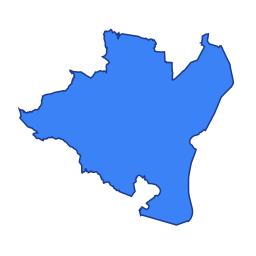 Atoyac, Jalisco, Mexico, rotated 177°
{"feature_id": "50627088B59976990100146", "entity_name": "Atoyac", "entity_type": "district", "adm_level": 2, "iso_a3": "MEX", "parent_name": "Mexico", "parent_adm1": "Jalisco", "projection": "robinson", "projection_center": [-103.437, 20.007], "detail": "fine", "context": "isolated", "style": "filled", "palette": "blue", "viewbox_px": 256, "rotation_deg": 177, "n_neighbors": 0, "source": "geoboundaries", "source_scale": "gbopen_adm2", "svg_char_len": 5871}
<svg xmlns="http://www.w3.org/2000/svg" viewBox="0 0 256 256"><g transform="rotate(177 128 128)"><path d="M24.4,189.5L30.7,205.1L31.0,204.9L31.9,205.2L32.3,204.2L33.3,203.6L34.1,204.7L42.3,207.7L44.1,210.4L43.9,212.1L43.0,216.4L42.9,217.8L43.5,217.6L44.5,217.7L45.5,217.5L48.9,215.8L49.2,212.7L49.7,210.0L49.9,209.4L50.5,209.2L49.9,209.0L50.2,207.1L49.3,207.0L47.3,205.2L55.2,192.2L61.8,190.1L68.4,182.8L70.3,181.8L72.0,180.1L78.2,174.8L81.0,173.6L81.2,173.8L80.8,179.0L80.6,179.5L80.5,180.8L80.8,182.1L80.9,187.4L80.5,191.4L80.5,191.1L83.0,191.1L83.0,191.4L86.0,191.2L86.1,192.1L87.6,192.3L87.6,202.1L91.2,202.1L94.4,202.5L97.2,203.3L97.5,205.6L98.1,206.2L98.2,206.5L97.5,206.8L96.5,207.8L96.7,210.0L95.6,210.1L95.6,211.5L97.2,214.3L97.4,214.1L98.7,214.2L98.6,215.1L100.7,215.6L101.9,215.3L102.3,214.9L103.6,215.0L103.6,215.5L104.3,215.7L105.3,216.2L105.6,216.7L106.2,216.3L107.1,216.4L107.8,216.6L108.6,217.0L110.8,217.4L111.0,217.9L112.8,218.9L128.9,222.3L129.9,222.0L130.9,221.4L132.0,220.1L132.9,218.5L133.0,217.8L133.4,217.7L133.6,218.0L133.7,218.5L131.9,222.6L132.2,223.6L133.5,222.6L134.1,221.6L134.7,221.4L134.7,222.1L135.2,223.4L136.6,224.9L137.7,224.1L138.2,223.9L138.5,224.0L138.9,225.8L139.2,226.6L140.0,227.3L141.2,226.1L142.8,225.6L144.1,225.4L144.6,225.9L145.8,225.8L146.3,225.3L146.4,225.0L146.2,224.8L147.3,223.0L147.3,222.2L147.0,221.6L146.7,221.6L146.7,221.4L147.2,218.7L146.9,217.1L146.2,214.7L146.4,211.1L145.8,209.2L145.3,208.8L145.0,208.9L144.7,209.3L144.6,209.0L145.4,206.2L145.2,204.7L146.1,202.4L146.8,202.0L147.0,201.6L148.1,201.1L148.6,200.7L149.7,200.5L148.6,199.5L147.4,198.9L144.3,196.1L143.3,194.5L143.4,194.3L144.0,193.7L144.3,193.2L145.5,192.8L146.1,192.2L146.3,191.8L146.5,189.7L146.2,188.6L146.5,187.7L146.6,184.7L146.9,184.5L147.2,185.5L147.6,185.9L148.4,185.9L148.8,186.1L149.3,186.2L149.8,185.9L150.0,185.6L150.8,185.8L152.4,186.7L153.9,186.3L154.5,186.0L156.0,185.4L157.8,185.5L158.0,184.8L160.5,181.5L162.5,179.7L163.4,180.5L166.8,182.5L169.5,184.7L170.9,185.5L171.6,186.3L173.9,186.5L174.4,186.3L176.2,186.7L178.4,186.9L180.1,187.3L182.3,188.6L182.7,188.6L182.1,187.7L182.4,187.6L182.1,187.4L182.0,186.6L181.5,186.2L181.2,185.4L180.9,185.6L180.0,185.7L179.1,184.6L179.1,182.8L178.9,182.2L179.0,181.8L178.8,181.6L179.5,181.0L179.8,181.1L180.0,180.9L180.0,180.5L180.4,180.1L180.5,179.6L180.4,178.9L181.0,178.8L181.1,178.0L181.3,177.9L181.7,176.6L181.9,175.3L182.8,174.8L184.3,173.2L185.1,172.7L185.6,170.8L187.3,169.6L187.8,168.9L188.7,168.4L190.4,168.6L199.6,167.3L201.5,166.7L202.5,166.2L206.9,165.8L209.0,165.4L210.9,164.4L211.3,164.4L211.9,163.0L211.8,161.8L212.4,161.1L212.9,159.9L212.7,159.0L213.0,157.2L213.0,156.6L214.5,154.2L214.9,154.0L215.6,153.0L215.9,151.9L216.2,152.0L217.5,150.9L219.5,151.2L222.1,150.1L222.7,149.2L223.4,148.9L224.0,149.5L224.7,149.6L225.5,149.3L225.7,148.9L226.3,148.9L226.4,148.7L226.7,148.7L226.9,149.1L227.2,149.1L227.3,148.8L228.1,148.4L229.5,148.6L229.6,149.0L230.2,149.5L230.4,149.2L230.7,149.5L230.6,149.9L230.9,150.0L231.2,150.5L231.4,150.2L231.5,150.8L232.0,151.0L232.3,151.3L233.0,151.6L233.6,151.3L233.9,151.3L234.4,151.7L234.6,151.6L235.1,151.7L235.1,152.1L235.6,152.6L235.2,150.9L234.6,149.3L234.6,148.6L234.4,147.7L234.4,146.7L234.1,145.6L234.4,145.3L234.3,145.0L234.9,144.7L235.2,144.3L235.1,143.7L235.2,143.3L234.6,142.8L234.6,142.7L228.0,134.5L224.8,133.1L223.9,133.0L222.1,131.1L219.4,129.3L219.3,128.3L218.8,127.9L221.0,127.8L222.4,127.5L222.9,127.0L223.1,126.2L221.1,124.4L220.1,122.7L219.3,122.3L217.8,122.4L217.1,122.1L214.4,120.3L213.4,119.9L213.0,121.1L213.3,121.1L212.9,121.4L212.7,121.2L212.5,121.3L210.4,121.5L209.7,121.4L209.6,121.8L209.2,121.9L208.8,122.3L208.4,122.2L207.9,122.8L205.9,122.4L204.3,123.1L204.4,122.5L203.9,122.5L202.1,121.7L201.5,121.1L200.7,120.8L199.3,121.0L197.8,121.6L195.8,120.6L193.3,119.7L192.1,117.9L191.0,117.6L186.9,112.7L186.2,112.3L185.0,112.2L183.1,110.4L180.7,108.7L180.4,108.4L179.6,105.4L177.2,103.2L176.8,103.1L177.6,99.9L178.0,98.6L178.3,97.1L178.2,96.1L177.9,95.6L177.2,94.9L176.5,93.7L176.2,92.7L176.3,87.7L176.1,87.3L176.5,86.6L176.1,85.5L175.2,86.5L174.4,86.3L173.5,86.8L172.6,89.3L172.3,89.3L171.9,89.0L171.6,86.8L170.6,86.7L170.1,86.3L170.0,85.5L169.3,85.9L168.5,85.9L167.8,86.3L167.2,87.0L166.1,85.9L165.4,85.6L163.7,85.6L162.5,85.9L161.3,85.7L160.4,83.8L159.6,83.4L159.2,83.4L158.5,82.7L158.0,81.7L157.5,79.6L156.9,79.5L157.1,78.3L156.7,77.8L155.6,77.2L155.1,76.7L155.5,74.9L155.2,74.2L154.8,74.2L153.4,74.9L150.0,75.2L149.5,74.5L149.5,73.4L148.9,73.0L148.1,71.6L147.2,71.2L146.2,70.4L145.5,70.4L145.1,68.6L144.7,68.1L143.8,67.8L143.4,67.4L142.9,67.2L142.9,66.4L142.3,66.2L140.2,66.2L140.2,65.1L128.1,59.6L125.5,63.0L124.3,64.2L125.4,72.2L122.8,73.9L122.7,75.1L123.0,75.9L122.9,76.7L122.4,77.8L122.2,77.6L120.8,79.8L118.8,80.2L118.4,80.0L115.7,77.3L114.4,79.2L114.7,79.6L114.0,79.2L113.7,77.2L114.0,75.6L111.8,74.8L110.4,71.5L108.6,71.4L106.5,71.0L103.8,70.2L102.7,69.6L102.1,68.9L101.3,68.5L99.2,65.4L99.0,64.5L99.0,62.7L100.0,60.5L101.3,59.1L102.0,58.8L103.1,59.1L104.3,59.1L104.8,58.8L105.5,57.3L113.5,52.1L113.5,51.6L113.2,51.2L111.7,50.0L111.0,49.0L112.0,46.6L113.7,45.6L118.2,48.4L118.6,47.5L119.0,47.5L119.6,46.7L120.1,46.3L120.3,46.3L120.9,45.3L119.9,45.3L120.7,44.0L119.9,39.9L118.7,40.4L117.8,40.1L92.7,31.4L84.9,28.7L84.4,28.7L73.8,31.9L72.9,31.5L71.5,32.6L69.9,34.7L68.9,36.7L68.2,38.8L67.9,41.5L68.1,44.1L70.1,54.6L70.8,59.2L70.8,63.1L70.2,74.3L69.8,77.1L67.9,85.1L66.6,89.9L61.8,101.1L61.1,103.1L63.3,104.4L65.0,107.4L65.9,108.0L66.7,108.9L67.0,109.8L67.0,111.0L66.7,112.9L66.4,113.5L64.2,115.9L61.7,117.1L60.2,117.3L57.7,118.0L57.2,119.3L54.7,120.3L54.1,120.9L52.2,122.3L50.8,121.5L40.8,138.3L36.5,147.2L34.1,152.5L33.3,153.9L30.9,156.3L23.5,163.0L22.8,163.5L21.0,166.2L20.7,166.8L20.4,167.9L21.0,173.0L22.3,180.6L22.9,186.1L23.4,187.6L24.4,189.5Z" fill="#3b82f6" stroke="#1e3a8a" stroke-width="1.5"/></g></svg>